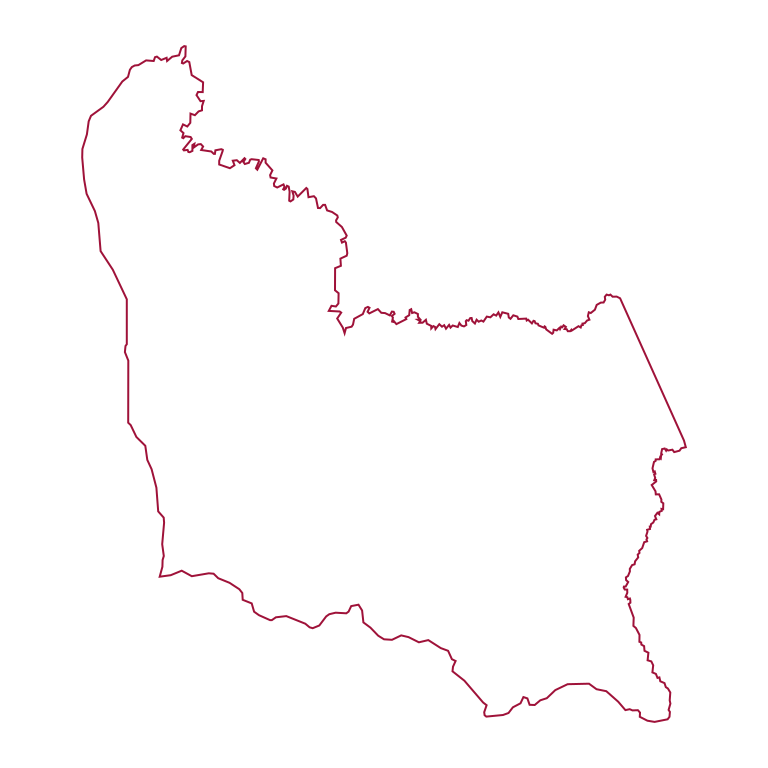 Memot, Kâmpóng Cham, Cambodia (Natural Earth projection)
{"feature_id": "14789045B36806562781005", "entity_name": "Memot", "entity_type": "district", "adm_level": 2, "iso_a3": "KHM", "parent_name": "Cambodia", "parent_adm1": "Kâmpóng Cham", "projection": "natural_earth1", "projection_center": [106.235, 11.913], "detail": "fine", "context": "isolated", "style": "outline", "palette": "rose", "viewbox_px": 768, "rotation_deg": 0, "n_neighbors": 0, "source": "geoboundaries", "source_scale": "gbopen_adm2", "svg_char_len": 6088}
<svg xmlns="http://www.w3.org/2000/svg" viewBox="0 0 768 768"><path d="M153.7,61.0L146.1,60.4L138.4,65.1L134.7,65.5L131.8,67.1L129.9,69.8L128.0,76.9L122.3,81.5L107.7,102.0L103.4,106.8L91.0,115.8L88.7,121.3L86.9,134.4L82.4,149.0L82.2,157.5L84.1,179.4L86.6,193.8L94.9,211.1L98.3,223.0L100.6,251.1L112.8,269.7L126.8,299.3L126.8,344.2L125.5,346.0L124.9,352.1L128.3,360.6L128.2,422.7L130.7,425.1L136.4,437.0L145.3,445.8L147.3,459.9L151.6,469.2L156.4,487.7L158.2,511.4L163.7,517.6L164.1,522.7L162.2,544.2L163.8,556.0L162.6,560.0L162.4,566.8L159.7,576.7L170.7,575.2L181.7,570.7L191.8,576.2L208.8,573.3L213.6,573.7L218.2,578.2L229.5,582.8L239.3,589.2L242.3,593.0L242.7,599.8L251.7,603.4L254.1,611.7L259.0,615.2L270.0,620.1L271.9,620.1L275.9,617.3L286.3,616.1L305.3,623.7L309.6,627.3L312.7,628.2L319.3,625.5L326.2,616.4L329.3,614.2L335.6,612.7L346.3,613.3L348.6,611.6L351.2,606.1L358.5,604.7L362.1,610.5L363.4,622.4L370.4,627.6L378.2,635.7L384.0,639.3L392.0,639.8L401.2,635.4L408.5,637.1L418.9,642.3L428.3,640.1L440.8,648.1L448.1,650.8L451.9,659.2L455.6,661.0L453.0,666.7L452.5,671.3L464.4,680.7L483.1,702.5L486.6,705.2L484.2,712.2L484.6,715.2L486.3,716.6L503.0,715.0L508.5,713.0L512.9,707.3L520.5,703.3L523.4,697.1L527.4,698.4L529.6,704.8L534.7,705.0L540.3,700.3L546.8,698.2L555.3,690.1L567.6,684.2L589.0,683.7L596.5,689.2L606.3,691.2L618.2,701.7L625.4,710.1L629.7,709.2L632.5,710.4L637.9,710.2L640.0,712.6L639.8,716.8L647.4,720.7L654.6,721.9L667.6,719.3L669.5,716.8L669.9,711.9L668.6,709.9L670.4,703.6L669.7,700.4L670.3,692.5L667.9,688.5L665.8,687.1L664.5,683.1L660.3,681.3L659.4,677.4L657.5,677.9L655.9,673.9L652.4,672.4L653.2,665.3L651.3,661.4L647.6,660.3L648.4,652.7L644.5,650.8L644.1,646.1L641.4,644.6L641.2,642.5L639.4,641.8L639.5,634.9L635.9,628.0L633.4,625.9L633.7,617.6L628.7,604.0L630.4,602.7L630.3,599.9L629.9,598.5L627.9,599.2L627.3,597.2L625.6,596.8L627.3,592.8L627.2,589.6L624.7,589.5L623.7,587.6L623.9,586.6L625.7,586.5L628.2,582.0L626.1,580.1L625.9,577.4L628.0,576.0L629.9,571.4L629.8,568.9L632.1,565.1L634.6,564.3L635.1,561.3L638.2,557.4L637.7,554.6L639.5,552.9L639.2,550.8L642.2,548.1L644.2,542.2L647.1,541.3L646.5,539.4L647.4,538.0L646.1,535.9L647.5,531.6L647.1,529.8L650.0,529.0L649.8,526.6L650.7,526.6L651.0,524.2L653.3,522.5L654.5,519.8L656.3,519.3L655.0,516.0L657.4,512.8L659.2,514.3L659.3,511.9L661.8,510.8L661.5,508.9L663.1,509.2L663.3,503.3L661.3,501.8L661.4,499.5L659.1,494.3L655.8,494.4L655.5,491.3L651.7,485.0L656.2,481.4L656.1,480.0L654.3,480.1L655.2,477.9L654.1,474.4L655.4,473.8L654.7,471.4L653.4,472.0L652.5,468.3L654.0,461.9L655.6,460.9L655.7,459.4L659.6,459.3L660.1,457.4L660.8,458.2L661.2,454.3L662.5,455.1L661.2,453.3L662.1,449.1L664.7,448.5L666.1,450.7L666.8,449.4L668.1,450.5L672.4,449.7L674.2,452.1L679.5,450.7L681.3,448.2L685.8,447.2L684.0,440.6L620.1,298.3L616.7,296.6L612.6,296.7L610.4,294.6L609.0,295.3L606.6,294.6L604.8,296.8L605.2,299.7L603.6,302.5L600.8,302.6L596.7,304.9L594.9,309.7L590.8,313.0L588.8,312.3L587.9,316.1L589.4,319.7L587.1,320.5L584.8,323.2L582.5,323.6L582.8,325.0L581.4,325.3L580.7,327.5L578.5,326.2L571.7,330.6L571.3,329.8L570.2,331.2L567.8,331.2L566.7,329.2L564.6,329.0L565.9,326.9L563.6,325.3L562.3,327.2L561.2,326.6L560.0,329.1L559.4,327.9L556.8,330.4L553.6,329.7L553.2,332.8L552.1,333.8L546.2,329.4L545.3,326.8L544.6,326.4L544.0,327.7L538.5,325.4L537.9,323.8L535.5,323.3L534.6,321.1L533.5,320.8L531.9,323.4L528.1,319.7L526.7,320.5L526.2,318.6L518.3,319.0L517.4,316.6L513.3,315.3L510.5,318.8L508.8,317.5L508.2,313.8L502.3,312.3L500.3,316.9L498.4,312.4L496.2,315.6L493.6,314.3L490.4,317.3L486.8,316.6L483.4,321.6L481.3,320.5L478.7,321.7L476.6,319.7L474.9,323.5L472.3,321.1L471.6,318.0L470.2,318.1L468.5,320.7L466.6,320.2L465.8,321.2L466.3,325.0L464.0,326.4L461.4,325.6L459.4,323.0L457.8,327.0L452.7,325.5L450.5,327.6L449.1,324.9L446.0,328.7L444.2,325.2L442.0,326.7L439.3,324.2L435.5,329.1L435.0,326.9L433.4,326.1L431.3,328.4L431.2,325.9L426.8,323.7L425.9,319.8L422.6,322.7L419.2,322.8L420.3,321.1L417.6,319.6L420.1,319.3L417.9,316.8L417.9,314.0L414.4,312.3L412.1,313.0L411.2,309.2L409.7,310.0L409.2,315.2L405.5,317.5L406.3,319.1L396.4,324.1L393.4,320.6L393.3,321.9L392.1,321.6L392.9,317.6L391.9,316.0L394.6,313.8L393.7,311.8L391.9,311.6L389.8,315.4L385.1,313.1L381.3,312.8L377.9,309.1L369.3,313.4L367.6,311.8L369.5,307.8L367.9,306.9L365.3,308.1L362.8,314.1L354.2,318.8L353.0,324.6L351.6,326.7L346.0,328.0L344.6,333.2L342.8,327.6L337.2,318.5L341.2,312.6L339.7,311.5L328.8,310.9L331.5,305.8L335.9,306.5L338.4,303.5L338.6,293.2L335.0,290.3L335.1,268.2L340.9,265.8L340.4,258.6L346.7,255.7L347.3,253.2L345.9,242.6L344.8,241.2L342.0,242.6L341.0,239.9L345.7,237.7L346.7,235.6L341.9,227.0L336.2,222.0L336.1,220.3L337.8,217.4L337.3,215.5L332.1,212.0L327.1,210.4L325.1,204.9L323.1,204.9L320.1,208.1L318.0,208.0L316.0,198.4L313.9,196.2L308.5,197.2L307.4,189.0L306.3,188.0L297.7,196.6L294.9,191.9L292.3,191.3L293.6,195.6L293.3,199.5L290.5,201.4L289.2,200.7L289.6,191.7L288.7,186.6L287.0,185.8L285.9,188.6L284.1,189.8L283.2,189.3L284.5,186.8L283.5,184.4L277.2,187.5L274.2,186.0L273.9,183.5L276.4,178.5L270.6,177.5L270.1,175.1L272.4,170.4L265.6,162.7L265.6,159.3L264.4,158.8L263.2,158.3L257.3,169.7L255.9,168.3L258.9,161.5L258.7,160.0L251.6,159.2L250.2,159.7L248.9,162.8L244.8,164.0L243.4,162.0L245.3,159.0L244.5,158.2L239.9,162.9L236.8,160.2L232.8,160.7L234.5,165.2L229.9,168.2L219.2,164.5L219.2,160.8L222.7,150.8L222.8,149.8L221.3,149.2L215.4,150.3L214.9,153.9L213.8,153.9L211.3,151.5L201.2,150.0L203.1,146.5L200.8,144.1L198.1,144.4L193.8,147.5L194.4,143.8L192.4,145.1L192.4,150.9L189.7,152.2L188.4,152.0L187.6,149.9L183.9,150.4L183.2,149.5L191.8,138.9L190.6,137.0L185.3,136.2L183.3,138.2L182.2,137.6L183.5,133.1L180.4,130.3L183.0,124.4L187.3,126.5L190.3,122.8L190.5,113.6L194.9,115.2L198.6,111.4L202.0,110.3L202.0,106.2L203.7,100.9L200.5,101.2L196.5,95.1L198.0,92.0L202.7,92.1L203.1,82.3L191.7,75.1L189.3,62.1L187.1,61.0L183.2,63.5L181.9,63.0L182.3,60.4L185.4,56.4L185.7,46.4L184.2,46.1L181.3,48.1L179.0,55.3L172.2,56.7L167.1,61.0L166.6,57.8L161.2,60.0L156.9,56.6L155.0,57.2L153.7,61.0Z" fill="none" stroke="#9f1239" stroke-width="2"/></svg>